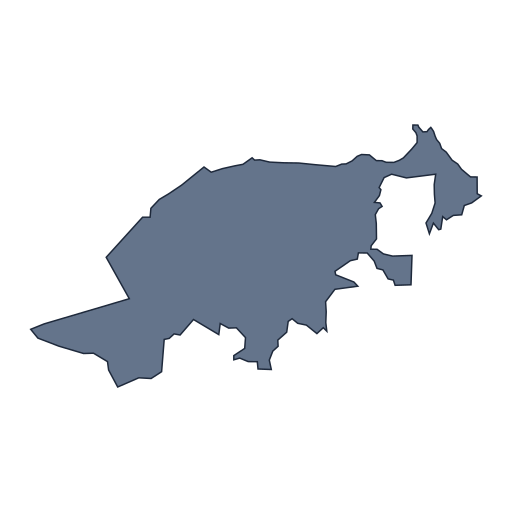 Mubarek, Kashkadarya, Uzbekistan (Natural Earth projection)
{"feature_id": "79887680B29394566639719", "entity_name": "Mubarek", "entity_type": "district", "adm_level": 2, "iso_a3": "UZB", "parent_name": "Uzbekistan", "parent_adm1": "Kashkadarya", "projection": "natural_earth1", "projection_center": [65.477, 39.211], "detail": "fine", "context": "isolated", "style": "filled", "palette": "slate", "viewbox_px": 512, "rotation_deg": 0, "n_neighbors": 0, "source": "geoboundaries", "source_scale": "gbopen_adm2", "svg_char_len": 2021}
<svg xmlns="http://www.w3.org/2000/svg" viewBox="0 0 512 512"><path d="M30.7,329.3L37.9,338.1L58.7,346.1L83.6,353.5L93.5,353.2L107.5,361.6L108.6,370.0L117.7,387.0L138.8,377.8L151.1,378.5L161.6,371.7L164.2,339.4L169.2,338.4L174.1,333.9L180.1,335.0L193.5,319.5L218.8,334.6L220.2,323.5L228.7,328.1L236.4,327.8L245.5,337.6L244.7,348.4L233.8,355.6L233.8,359.8L239.7,358.1L248.2,361.6L257.3,361.7L258.0,369.0L271.3,369.5L269.3,360.1L272.8,351.1L278.1,346.3L277.8,340.1L286.7,332.2L288.2,321.4L292.1,318.7L297.7,323.3L306.4,325.1L316.9,333.6L323.3,327.7L326.8,331.2L325.8,322.6L326.2,311.8L325.6,301.7L334.9,289.3L357.8,286.2L353.9,282.0L335.7,274.8L335.0,271.3L350.3,260.7L357.3,259.1L358.4,252.9L367.2,253.0L374.2,261.1L377.0,268.4L382.9,269.9L388.1,278.9L393.4,280.1L395.1,285.3L411.0,284.8L412.0,255.4L392.6,256.1L383.4,253.9L377.1,249.3L370.8,249.2L371.2,245.7L376.5,238.9L376.3,223.6L375.3,214.6L378.6,208.7L382.1,206.4L380.0,202.9L374.4,202.4L379.4,195.6L380.9,189.7L379.1,187.6L384.1,177.6L391.6,174.2L406.4,177.9L435.7,174.2L434.2,184.6L434.4,194.3L435.1,203.0L431.8,213.3L426.0,223.0L429.4,233.8L433.4,223.1L438.7,229.7L440.8,229.1L442.7,216.6L446.5,219.8L453.3,215.4L461.7,214.8L464.3,205.5L471.7,202.9L481.3,195.9L477.2,193.7L477.1,177.0L470.5,176.9L467.4,174.3L461.5,169.3L457.7,164.0L452.1,160.2L446.2,152.1L441.6,148.6L439.7,143.3L436.6,139.6L435.1,136.1L433.6,131.5L432.0,129.0L430.8,127.4L428.5,129.5L427.0,131.7L422.9,131.9L418.8,127.2L417.9,125.1L412.9,125.0L412.8,129.0L415.9,132.7L417.1,135.9L417.1,142.6L411.7,149.1L403.4,157.9L399.3,160.3L393.9,162.4L386.1,162.3L382.0,160.7L376.3,160.6L369.4,154.9L361.6,154.5L357.2,156.3L352.1,160.9L346.1,163.9L341.7,164.1L335.7,166.5L327.8,165.8L315.3,164.7L298.6,163.0L284.1,162.8L269.7,162.1L259.9,159.8L254.6,160.1L252.1,157.8L243.0,164.3L235.0,165.8L222.5,168.6L211.2,172.2L204.0,167.0L181.5,185.2L168.4,194.0L159.3,199.4L150.9,208.3L150.1,217.2L142.6,217.2L106.2,257.3L129.3,298.7L44.1,323.9L30.7,329.3Z" fill="#64748b" stroke="#1e293b" stroke-width="1.5"/></svg>